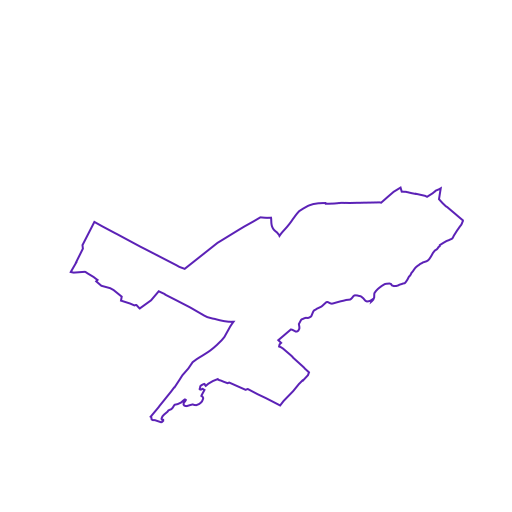 Grobiņa, Grobinas, Latvia (Equal Earth projection), rotated 320°
{"feature_id": "27541924B27244919025150", "entity_name": "Grobiņa", "entity_type": "district", "adm_level": 2, "iso_a3": "LVA", "parent_name": "Latvia", "parent_adm1": "Grobinas", "projection": "equal_earth", "projection_center": [21.167, 56.543], "detail": "fine", "context": "isolated", "style": "outline", "palette": "violet", "viewbox_px": 512, "rotation_deg": 320, "n_neighbors": 0, "source": "geoboundaries", "source_scale": "gbopen_adm2", "svg_char_len": 6017}
<svg xmlns="http://www.w3.org/2000/svg" viewBox="0 0 512 512"><g transform="rotate(320 256 256)"><path d="M286.9,255.7L287.2,254.8L287.2,253.6L287.2,251.9L287.2,251.3L286.8,249.5L286.7,248.5L286.6,248.0L286.6,246.9L286.7,245.8L287.0,244.6L287.3,243.6L287.8,242.5L288.9,240.7L291.5,237.3L292.1,236.3L290.9,235.4L288.9,233.8L288.5,233.4L287.5,232.5L284.8,229.8L284.2,229.2L276.4,227.9L266.0,225.9L259.7,224.9L238.9,221.8L235.0,221.2L193.1,220.0L190.3,215.1L190.1,214.6L189.1,211.9L175.5,179.4L173.4,174.5L163.4,149.4L162.9,148.3L157.2,134.2L154.1,126.0L130.4,136.0L130.1,136.1L128.1,139.1L114.1,145.2L114.2,145.4L104.0,149.1L103.8,149.2L105.6,151.5L114.6,158.0L115.1,158.6L115.9,161.3L118.1,167.7L118.6,170.1L119.2,172.5L118.3,172.6L117.3,172.7L118.4,179.4L123.6,186.9L125.0,190.5L127.0,200.8L123.9,203.4L129.0,211.5L130.0,213.5L131.0,215.5L131.2,215.8L132.1,216.1L132.8,216.6L132.9,216.9L133.1,221.0L133.2,221.5L133.7,221.5L147.1,222.5L158.8,220.5L161.6,226.5L161.6,227.2L167.3,240.6L167.4,240.9L172.3,252.6L172.9,254.2L173.2,255.0L178.0,268.3L179.4,271.5L182.6,276.1L183.9,277.6L185.0,279.2L187.0,282.0L188.5,283.9L189.7,285.4L192.8,288.8L194.9,290.6L196.5,291.9L194.4,292.4L191.0,293.4L186.6,295.1L182.9,296.5L179.8,297.7L177.7,298.1L175.3,298.5L171.2,298.8L168.9,299.0L164.8,299.1L160.4,299.0L158.0,298.8L154.8,298.4L150.4,297.8L147.3,297.3L144.2,296.9L142.6,296.8L139.2,296.6L131.8,298.7L127.7,299.3L125.9,299.6L123.2,300.0L121.5,300.5L118.1,301.6L109.1,304.3L108.8,304.1L105.4,304.9L103.7,305.3L99.0,306.2L91.0,307.8L85.3,308.9L85.6,308.9L84.3,309.2L82.7,309.5L72.0,311.4L72.2,312.1L71.0,314.1L71.4,315.3L73.0,316.7L76.4,322.3L77.1,322.7L77.6,322.7L79.0,322.6L79.6,321.8L78.7,320.7L79.0,320.0L79.5,319.6L81.3,318.7L83.6,318.4L88.2,318.4L89.6,318.0L90.8,318.3L92.7,318.9L94.6,318.7L95.2,318.5L97.3,317.8L98.1,317.7L100.8,319.1L104.4,320.1L107.4,320.0L109.2,320.1L109.6,320.6L109.7,321.2L108.4,321.7L106.1,322.1L105.0,323.3L104.9,324.3L105.4,325.4L106.5,326.5L109.8,327.9L112.1,329.0L113.0,330.5L114.4,331.9L117.2,332.8L119.1,332.9L121.1,332.7L122.5,332.0L123.8,331.3L124.3,330.7L124.6,329.3L124.2,328.1L124.6,327.8L126.1,327.2L130.4,325.5L130.2,324.9L129.8,323.7L129.6,323.3L129.0,323.2L128.3,323.1L127.8,322.8L127.4,322.4L127.3,321.7L128.7,320.8L129.6,320.0L130.4,319.9L131.2,319.9L132.0,320.1L133.3,320.4L134.2,320.8L134.3,321.3L134.1,321.8L134.0,322.6L134.0,323.2L137.5,323.2L142.7,324.1L147.6,325.7L147.5,326.4L148.4,328.0L148.5,328.1L148.9,328.6L150.5,331.7L152.5,335.2L154.1,335.7L155.6,338.7L157.4,342.4L162.0,351.8L164.2,352.6L168.4,362.9L172.2,371.2L174.7,377.1L178.4,386.0L183.9,384.8L188.6,384.3L197.6,383.4L206.9,381.6L207.5,381.6L211.7,381.2L211.8,381.6L219.2,380.7L221.8,379.2L221.0,373.3L221.1,372.6L219.0,357.2L219.2,356.6L219.0,355.6L218.9,354.6L218.0,349.2L217.2,344.3L216.5,342.0L215.5,340.2L217.2,338.9L218.4,338.7L219.4,338.7L219.0,334.8L222.2,334.8L235.5,334.7L236.4,335.9L237.9,339.5L238.9,340.2L240.4,340.4L242.5,339.5L243.5,338.4L245.1,335.7L249.3,334.0L250.0,333.9L250.7,334.0L251.2,334.3L252.2,334.5L254.1,335.2L255.1,336.0L255.4,336.4L256.1,336.9L256.7,337.2L258.4,337.6L259.1,337.7L259.6,337.6L260.0,337.5L263.6,335.6L264.6,335.2L265.2,335.1L265.8,335.0L267.1,335.4L268.7,335.5L272.8,336.6L273.8,336.8L274.4,336.8L275.0,336.8L277.1,336.7L279.6,336.6L280.2,336.6L280.8,336.9L281.1,337.1L281.5,337.7L282.3,339.6L282.8,340.5L283.1,340.9L283.5,341.3L284.6,341.9L288.0,343.4L291.7,345.1L294.3,346.5L296.9,347.7L298.2,348.6L299.7,349.6L300.0,349.8L300.3,349.9L300.8,349.9L301.4,350.0L302.0,349.9L302.9,349.8L303.8,349.6L304.6,349.4L305.0,349.4L305.5,349.4L305.9,349.5L306.3,349.6L306.7,349.9L308.1,351.2L309.3,352.9L310.0,353.7L310.4,354.4L310.6,355.1L310.8,356.4L311.0,357.3L311.0,358.0L311.0,360.2L311.2,361.1L311.5,361.6L311.6,361.9L312.1,362.4L312.6,362.7L313.8,363.4L314.8,363.7L315.7,363.9L316.6,364.0L315.4,364.9L315.1,365.1L315.5,365.1L317.8,364.8L319.9,363.7L322.3,361.0L323.5,360.3L324.4,360.2L325.4,359.9L328.1,359.6L330.6,359.6L331.4,359.7L332.7,359.7L335.4,360.1L336.6,360.3L337.9,361.0L340.6,362.9L341.4,364.3L341.2,365.8L342.3,367.7L343.3,368.4L344.1,369.1L344.8,369.4L345.9,369.9L347.0,370.1L348.2,370.5L349.5,371.1L350.3,371.4L350.7,371.5L351.3,371.8L352.3,372.4L352.9,372.4L354.1,372.2L355.2,371.9L356.9,371.4L359.0,370.5L360.0,370.1L360.8,370.1L361.6,370.0L363.2,369.4L364.1,368.9L364.9,368.8L366.6,368.5L367.5,368.2L369.8,367.6L371.3,367.4L372.9,367.4L373.7,367.4L374.6,367.6L375.1,367.6L376.0,367.6L376.6,367.6L377.8,367.9L378.5,368.1L379.7,368.2L380.4,368.5L383.1,369.6L384.5,369.9L386.4,369.8L388.6,369.2L390.7,368.5L393.5,367.4L395.9,366.9L396.9,366.8L397.8,367.0L398.8,367.1L399.6,367.0L400.6,366.8L401.2,366.5L402.2,366.5L403.0,366.6L403.8,365.8L405.3,366.0L408.8,366.5L410.9,366.9L411.3,366.9L411.9,367.1L414.1,367.9L415.0,368.1L415.8,368.3L416.6,368.6L417.2,368.7L417.8,368.7L418.5,368.5L419.5,368.1L420.6,367.6L421.8,367.2L422.1,367.1L422.8,366.9L424.6,366.3L425.9,365.9L426.5,365.7L427.7,365.4L429.2,365.0L430.6,364.6L431.0,364.5L431.5,364.4L433.4,364.0L433.8,363.8L434.7,363.4L435.7,362.8L436.8,362.3L437.4,361.7L436.7,357.8L435.6,351.2L434.0,342.0L434.0,341.7L433.4,340.0L432.9,335.4L432.7,330.1L441.0,322.9L439.3,322.6L435.8,321.5L435.0,321.5L434.8,321.5L434.7,321.6L433.2,321.5L431.6,321.5L425.1,320.6L424.2,318.6L418.4,311.0L418.2,311.1L415.6,307.9L414.8,306.8L414.1,305.9L413.5,305.0L412.8,304.2L412.2,303.3L409.0,300.4L410.7,296.5L402.7,295.3L394.9,295.4L386.1,295.6L385.9,295.3L385.3,294.5L378.2,288.8L371.3,283.2L370.1,282.3L368.6,281.0L366.1,279.0L361.8,275.6L358.9,273.0L358.1,272.4L356.0,270.5L354.5,269.4L354.1,269.2L353.1,268.4L352.4,268.0L349.4,265.9L346.6,263.7L345.8,263.1L344.0,261.6L343.0,260.8L343.3,260.1L341.6,258.7L337.5,255.6L333.2,253.0L329.5,251.5L327.9,251.0L322.6,250.0L318.7,249.5L317.9,249.4L315.8,249.7L314.6,249.9L312.2,250.4L309.9,251.0L308.1,251.4L305.3,252.2L303.6,252.6L301.8,253.0L298.7,253.6L296.0,254.0L292.3,254.5L290.5,254.8L288.7,255.2L287.3,255.6L286.9,255.7Z" fill="none" stroke="#5b21b6" stroke-width="2"/></g></svg>